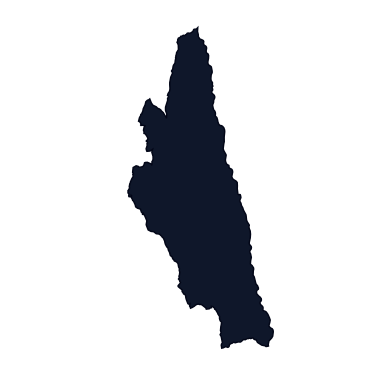 outline of Boavita, Boyacá, Colombia, rotated 173°
{"feature_id": "7082276B25149264338042", "entity_name": "Boavita", "entity_type": "district", "adm_level": 2, "iso_a3": "COL", "parent_name": "Colombia", "parent_adm1": "Boyacá", "projection": "natural_earth1", "projection_center": [-72.616, 6.332], "detail": "fine", "context": "isolated", "style": "filled", "palette": "ink", "viewbox_px": 384, "rotation_deg": 173, "n_neighbors": 0, "source": "geoboundaries", "source_scale": "gbopen_adm2", "svg_char_len": 6017}
<svg xmlns="http://www.w3.org/2000/svg" viewBox="0 0 384 384"><g transform="rotate(173 192 192)"><path d="M241.3,164.4L240.1,159.7L237.5,157.9L234.9,157.3L232.6,155.0L229.9,154.3L228.7,153.4L228.3,152.7L227.6,152.0L227.0,150.8L226.0,149.7L225.1,146.6L225.0,144.9L224.7,143.2L223.7,140.6L222.7,139.3L222.5,137.2L221.6,134.7L221.3,132.0L221.1,131.5L219.9,130.3L219.6,129.8L219.2,128.0L218.3,126.9L218.0,125.9L217.4,125.4L215.9,124.6L214.6,122.7L214.4,119.1L213.8,117.5L214.2,115.8L213.9,113.9L214.6,111.0L215.2,110.1L215.0,108.5L216.0,107.3L215.1,105.8L215.0,104.7L214.4,103.6L215.0,102.7L216.8,101.1L217.3,100.5L217.3,100.1L217.0,99.5L213.7,96.0L213.9,94.3L213.3,93.5L212.7,91.8L211.4,91.2L210.9,88.9L211.0,87.9L210.7,85.8L209.7,81.9L209.4,81.4L208.8,81.1L207.7,81.4L208.3,79.2L207.7,77.7L207.6,76.9L205.8,77.4L203.4,78.5L202.4,79.3L200.7,79.9L199.5,80.0L198.1,79.4L196.8,79.3L195.8,78.7L192.4,75.3L192.1,74.0L189.1,74.0L187.6,74.9L186.8,74.8L186.6,76.2L185.9,75.8L185.1,75.6L184.7,74.9L184.0,74.4L183.7,72.9L182.9,72.4L181.3,68.8L181.1,67.7L179.8,65.1L180.1,63.0L179.9,61.6L179.5,60.4L178.8,59.8L178.6,58.9L179.1,56.8L179.8,54.7L180.6,51.0L180.2,48.9L181.4,47.1L181.3,46.5L180.6,45.0L180.2,38.8L180.4,38.3L181.2,37.5L181.6,36.4L181.5,33.4L179.8,33.6L177.7,34.4L176.7,34.1L175.4,33.5L174.6,33.7L174.0,34.3L173.4,35.9L172.2,36.7L170.4,37.1L169.5,37.7L168.7,37.7L167.5,37.1L164.4,37.6L162.4,37.2L161.5,37.5L159.2,39.1L158.6,39.3L157.2,38.9L155.0,39.8L154.0,39.6L152.9,40.0L151.6,39.4L149.9,39.7L149.4,39.7L148.9,39.3L148.3,38.2L146.2,37.2L145.3,34.7L141.4,31.5L138.1,30.4L137.5,29.7L136.7,29.6L134.9,29.8L134.9,31.5L133.8,34.8L130.8,37.3L129.5,39.0L128.4,43.3L128.4,45.1L129.1,46.5L130.7,47.6L131.8,49.1L131.9,50.1L131.7,50.7L130.7,53.1L130.0,55.4L130.5,57.7L131.6,61.3L132.9,63.8L133.8,64.6L135.4,65.4L135.9,65.9L136.0,66.4L135.6,68.4L135.7,69.3L136.4,70.5L137.5,71.7L138.0,72.9L138.1,73.8L138.0,74.2L137.0,75.1L136.3,76.3L136.3,77.8L137.4,79.6L138.3,80.4L139.8,82.5L140.3,83.6L140.0,85.8L139.5,86.5L138.0,87.5L137.8,88.6L138.4,91.0L139.3,92.3L139.8,93.3L140.6,100.1L141.5,102.1L140.8,106.2L140.2,107.9L140.2,109.2L140.4,109.8L141.0,110.7L141.3,111.6L142.6,113.0L142.8,113.6L142.2,116.6L141.1,119.9L141.4,123.5L141.9,124.7L141.9,126.2L141.6,126.8L140.2,128.3L139.8,129.7L139.9,130.7L141.2,132.8L141.5,133.8L141.4,134.7L139.8,139.4L139.1,143.0L139.0,146.2L139.6,148.4L139.8,150.5L139.3,151.7L139.2,152.2L140.9,155.9L141.3,157.6L141.2,161.6L141.3,163.0L143.1,167.6L143.6,170.2L144.6,172.6L144.8,174.9L145.6,176.8L145.5,178.1L144.2,180.4L144.2,182.2L144.5,183.5L145.1,183.7L146.2,183.7L146.7,184.3L146.7,189.7L146.2,192.8L146.0,196.0L146.9,197.4L149.4,199.4L150.1,200.4L150.6,201.9L150.6,202.7L149.2,206.9L149.3,208.7L149.9,209.8L151.9,211.1L152.2,211.9L152.2,213.9L153.9,215.1L154.5,216.2L154.9,217.8L155.0,219.3L154.9,220.1L153.7,224.1L153.7,224.9L155.5,229.4L155.8,231.2L154.6,236.0L153.9,238.0L153.4,242.6L152.2,247.8L152.1,249.6L152.6,251.9L153.7,253.5L154.6,254.2L156.4,254.8L157.3,256.3L157.8,258.8L157.9,260.8L158.3,262.9L159.6,264.6L159.6,265.0L159.2,266.8L159.2,268.3L159.7,269.8L160.5,270.9L160.8,273.0L161.0,275.6L160.7,276.4L159.7,278.3L159.3,280.5L158.1,282.5L157.8,283.6L158.1,285.2L160.1,287.6L160.3,288.7L160.0,289.6L159.1,290.7L159.0,291.4L159.3,293.2L159.2,293.7L158.4,294.5L158.8,296.6L158.5,297.2L158.4,298.1L159.5,300.4L159.4,302.6L158.7,306.0L157.5,308.0L157.3,309.6L157.6,313.8L158.2,314.6L160.0,316.1L160.5,317.4L160.5,318.8L160.2,320.1L159.4,322.5L158.9,325.4L159.2,326.9L159.5,327.3L160.1,327.6L160.8,328.9L160.8,330.0L160.6,331.2L160.1,332.4L160.0,333.9L160.4,334.9L162.2,336.5L162.5,338.1L162.0,340.0L162.3,340.9L163.8,342.0L165.5,342.8L166.8,345.4L166.6,347.5L167.0,350.6L166.3,354.4L167.9,353.1L169.2,353.3L170.4,353.1L170.9,352.4L171.5,351.2L174.2,349.9L174.9,349.7L175.6,350.1L177.0,350.2L177.6,350.0L178.2,349.1L179.3,348.8L180.1,348.1L181.6,348.6L182.9,347.8L183.9,348.0L185.1,346.8L186.7,346.4L187.6,345.0L187.8,343.6L188.6,342.4L188.2,341.5L187.7,339.6L188.1,335.0L190.3,332.2L190.7,330.7L191.5,328.9L191.5,328.1L192.0,327.1L191.7,326.4L192.4,325.2L193.1,322.3L193.6,321.5L194.9,320.1L195.4,319.0L196.2,316.2L197.5,314.7L197.5,314.3L196.9,313.1L196.9,312.2L199.1,308.5L200.7,303.4L201.0,301.1L201.2,297.6L201.6,295.8L202.2,294.4L203.7,292.7L204.4,291.1L204.5,290.9L203.9,290.5L203.7,289.2L204.8,288.0L205.0,285.9L207.9,279.5L208.2,277.5L208.3,275.9L207.5,272.6L208.2,268.8L208.5,268.8L210.9,274.3L212.6,276.3L213.1,277.4L214.8,278.8L215.7,279.0L217.1,280.9L220.0,282.7L220.4,283.2L221.5,285.3L222.6,289.5L223.6,288.8L225.1,288.5L226.8,287.2L227.9,284.2L230.2,280.6L230.9,278.4L231.3,277.7L231.7,276.8L232.1,276.5L232.2,275.6L233.3,275.3L233.8,273.7L234.5,273.0L235.1,272.1L236.1,269.5L236.4,268.8L235.1,267.8L234.4,266.1L234.4,265.3L234.8,264.7L234.6,264.3L233.0,264.3L230.6,263.4L231.7,261.9L232.5,259.6L232.6,258.7L232.2,257.9L232.5,256.0L231.4,255.5L231.1,255.1L229.7,252.2L229.2,250.4L229.8,249.2L231.0,248.5L231.1,247.9L230.2,247.4L230.3,245.6L230.7,245.5L230.8,243.6L232.2,240.6L232.3,240.2L231.8,239.2L232.1,238.6L231.8,237.9L228.6,237.8L225.9,239.2L227.0,236.4L226.3,232.1L226.6,229.5L227.1,228.0L228.0,227.1L228.3,224.3L228.6,223.9L229.4,225.0L232.7,226.9L234.6,227.0L235.5,226.8L236.1,225.2L237.0,223.9L237.2,223.6L238.3,223.1L240.5,222.9L241.6,223.1L242.1,223.8L242.4,223.7L242.6,224.1L243.9,224.7L244.9,224.6L245.0,224.4L247.4,223.5L248.0,221.0L248.5,218.9L248.5,218.5L248.4,218.5L247.8,217.4L248.0,217.0L248.6,216.6L248.4,215.6L248.6,214.3L249.9,212.8L251.9,209.4L252.0,208.7L252.7,207.8L253.6,205.0L253.5,203.8L253.8,202.8L254.4,202.4L254.7,201.5L255.3,201.3L255.6,198.9L254.8,197.5L255.3,195.8L255.1,195.1L253.4,194.6L253.0,195.2L252.8,196.2L252.4,195.9L252.7,195.2L252.7,193.4L252.2,192.5L251.9,190.9L251.1,190.0L249.9,186.2L249.7,184.1L248.9,183.5L248.3,182.7L245.2,181.3L245.2,180.7L244.8,179.5L244.8,178.5L243.8,177.2L243.8,175.9L243.6,175.8L242.9,176.7L241.7,173.9L240.3,168.9L241.4,165.3L241.3,164.4Z" fill="#0f172a" stroke="#020617" stroke-width="1.5"/></g></svg>